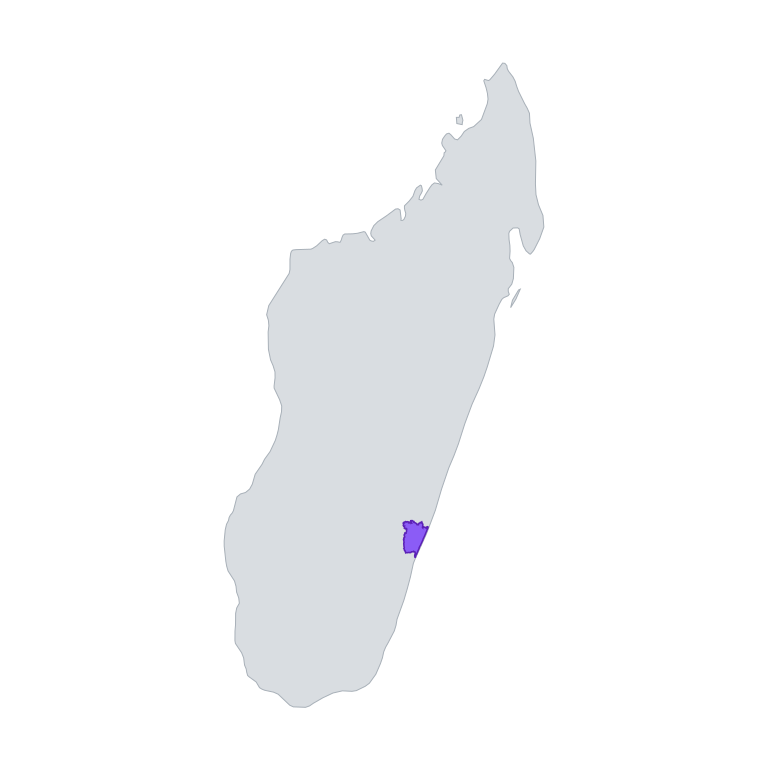 location of Manakara Atsimo, Vatovavy-Fitovinany, Madagascar, rotated 4°
{"feature_id": "10022922B29911348985828", "entity_name": "Manakara Atsimo", "entity_type": "district", "adm_level": 2, "iso_a3": "MDG", "parent_name": "Madagascar", "parent_adm1": "Vatovavy-Fitovinany", "projection": "natural_earth1", "projection_center": [47.828, -21.964], "detail": "fine", "context": "in_parent", "style": "filled", "palette": "violet", "viewbox_px": 768, "rotation_deg": 4, "n_neighbors": 0, "source": "geoboundaries", "source_scale": "gbopen_adm2", "svg_char_len": 8132}
<svg xmlns="http://www.w3.org/2000/svg" viewBox="0 0 768 768"><g transform="rotate(4 384 384)"><path d="M493.7,72.8L495.6,77.8L497.8,82.7L504.7,94.5L507.7,99.0L510.2,103.8L511.4,113.5L515.8,128.4L519.9,150.9L521.1,173.9L522.4,184.5L525.6,194.4L530.8,204.8L532.5,216.3L529.2,228.1L524.5,239.3L523.3,241.3L521.1,244.2L520.1,244.1L516.4,241.2L513.3,236.5L509.4,225.4L508.0,219.8L506.4,218.9L501.9,219.4L498.6,222.9L498.0,225.1L498.7,231.3L499.9,237.0L500.5,242.7L500.5,249.9L501.7,252.0L503.5,253.9L505.4,258.6L505.7,269.8L504.5,275.5L501.3,280.3L501.5,283.0L502.7,285.8L501.5,287.4L497.3,289.6L495.6,291.4L493.3,296.4L489.5,306.5L489.0,311.6L491.3,327.3L490.6,338.5L485.8,359.8L483.1,369.9L479.2,382.0L473.3,397.9L467.4,417.9L462.4,438.5L458.7,450.9L454.5,463.1L448.8,484.6L444.0,506.5L436.8,530.6L426.9,557.4L425.8,560.9L423.8,574.7L421.5,586.6L418.9,598.4L413.4,617.8L412.8,623.9L411.5,629.6L406.2,641.8L404.0,646.4L402.4,651.2L401.5,657.4L399.9,663.3L396.1,674.1L390.3,683.5L386.3,686.9L377.8,691.8L373.5,692.8L363.9,693.0L354.7,695.8L345.0,701.2L335.8,707.4L332.2,710.3L328.3,712.0L316.1,712.4L312.4,711.0L300.0,700.8L295.3,699.1L286.2,697.8L283.5,696.9L281.0,695.6L277.3,690.2L270.1,685.7L268.3,684.3L267.2,681.2L266.4,677.9L264.5,674.1L263.1,667.0L260.7,662.0L253.9,653.2L253.2,650.4L252.6,641.0L252.7,634.7L252.0,623.2L252.7,617.7L255.0,612.8L254.0,607.5L251.5,601.9L250.5,596.2L248.6,590.9L241.5,581.4L239.8,576.8L238.6,572.0L235.9,556.9L235.5,551.7L235.8,540.6L236.7,534.9L238.4,531.0L238.8,528.0L239.9,525.5L241.5,523.4L242.6,521.0L245.2,506.9L248.5,503.7L253.4,501.9L257.3,498.2L259.6,493.2L261.8,483.0L267.9,472.7L270.1,467.4L275.1,459.3L279.5,447.9L280.8,442.5L281.8,437.0L282.8,424.9L283.7,418.9L283.5,413.0L280.9,406.8L274.7,395.8L274.5,393.7L274.9,385.4L274.4,379.5L272.1,373.5L269.2,367.9L266.3,357.5L264.8,340.2L265.1,333.9L264.2,328.4L262.1,323.1L263.6,313.8L281.7,280.3L282.2,276.4L281.5,266.1L281.8,260.2L282.4,258.0L283.8,256.7L287.0,256.1L301.7,254.6L303.6,253.6L307.3,250.8L312.4,245.3L314.7,243.7L316.7,244.3L318.0,246.6L319.6,247.9L325.6,245.4L327.9,245.4L330.2,245.8L331.3,243.5L332.0,240.4L332.8,238.3L334.4,237.1L342.1,236.4L347.0,235.5L353.3,233.4L354.7,233.8L359.8,241.5L361.4,242.2L363.4,242.5L365.1,241.1L361.0,237.1L360.3,234.8L360.5,232.2L362.8,226.7L366.5,222.5L374.7,216.1L383.3,208.7L385.8,208.2L387.9,209.3L389.6,218.1L389.4,219.5L390.7,219.7L392.3,218.6L393.7,215.1L393.8,212.2L392.7,209.4L392.1,207.0L392.0,204.8L396.4,199.7L399.8,194.7L401.4,188.9L402.8,186.1L406.4,183.1L407.5,183.6L408.3,186.1L408.8,188.7L407.8,191.3L406.5,193.9L406.0,197.3L408.0,198.0L409.9,197.1L412.8,190.9L416.0,185.0L417.9,182.0L420.3,179.9L424.3,180.3L428.2,181.6L421.8,175.4L420.3,166.9L427.8,152.2L427.9,149.1L429.0,148.2L429.5,147.0L425.6,142.0L424.8,139.6L425.3,135.8L427.2,132.5L428.9,130.2L431.3,129.3L433.2,130.6L437.4,134.7L440.3,135.3L443.7,131.4L446.5,126.5L450.7,123.1L455.5,121.0L462.8,113.3L467.5,97.2L467.9,92.5L466.9,86.8L465.2,81.4L462.4,74.6L463.1,73.1L467.1,74.0L468.4,73.1L472.8,67.1L479.9,55.6L482.2,55.7L484.3,57.8L485.0,60.9L486.4,63.3L491.2,68.7L493.7,72.8ZM443.9,118.0L443.9,119.8L438.5,119.1L437.6,113.0L440.3,112.8L440.9,110.3L442.5,110.0L444.3,115.4L443.9,118.0ZM509.7,290.0L505.0,299.0L506.3,291.5L511.7,280.8L513.3,279.9L509.7,290.0Z" fill="#d9dde1" stroke="#a8b0b8" stroke-width="1"/><path d="M413.3,520.8L413.1,521.0L413.2,521.3L412.9,521.4L412.8,521.5L413.0,521.8L413.2,522.1L413.3,522.4L413.3,522.7L413.3,522.9L413.2,523.1L413.0,523.6L413.2,523.8L413.4,524.1L413.6,524.2L414.3,524.3L414.1,524.5L413.8,524.8L414.1,525.0L414.3,525.3L414.5,525.4L414.7,525.7L414.7,525.9L414.6,526.2L414.5,526.3L414.8,526.4L414.9,526.7L415.0,526.7L415.4,527.1L415.5,527.1L415.9,526.8L416.0,526.9L416.3,526.7L416.5,526.6L416.7,526.8L416.8,527.1L416.7,527.4L416.8,527.8L416.6,528.1L416.6,528.3L416.6,528.5L416.8,528.9L416.8,529.1L416.7,529.5L416.7,530.0L416.4,530.4L416.4,530.6L416.4,531.1L416.4,531.3L416.1,531.3L415.8,531.4L415.6,531.3L415.5,531.2L415.3,531.1L415.2,531.5L415.2,532.0L415.0,532.3L415.1,532.7L414.7,532.8L414.7,533.1L414.7,533.5L414.8,533.6L414.8,534.0L415.0,534.2L415.0,534.4L415.1,534.6L415.2,534.9L415.3,535.0L415.2,535.2L415.3,535.3L415.1,535.6L414.9,535.9L414.8,536.2L414.7,536.4L414.4,536.4L414.4,536.6L414.5,536.8L414.7,537.2L414.8,537.3L414.8,537.6L414.5,537.7L414.4,537.9L414.3,538.0L414.5,538.5L414.7,538.8L414.7,539.1L414.8,539.3L414.8,539.6L414.9,539.8L414.9,540.1L415.0,540.4L415.1,540.6L414.9,540.8L414.9,541.1L414.9,541.3L414.8,541.5L414.8,541.8L414.9,542.0L415.0,542.2L415.0,542.4L414.9,542.6L415.1,543.0L415.1,543.3L415.2,543.6L415.1,544.0L415.3,544.8L415.5,545.0L415.6,545.6L415.7,545.8L415.5,546.1L415.4,546.3L415.5,546.3L415.6,546.5L415.5,547.0L415.6,547.3L415.7,547.5L415.8,547.7L415.8,547.9L415.9,548.1L416.0,548.2L416.1,548.4L416.1,548.5L416.4,548.5L416.5,548.6L416.6,549.0L416.6,549.3L416.7,549.5L416.9,549.7L417.1,549.8L417.2,550.2L417.2,550.6L417.3,550.8L417.6,550.4L417.8,550.6L418.0,550.7L418.4,550.8L418.9,550.7L419.2,550.7L419.3,550.6L419.5,550.5L419.9,550.3L420.1,550.4L420.8,550.5L421.0,550.3L421.4,550.4L421.6,550.3L422.0,550.2L422.1,550.3L422.3,550.4L422.5,550.3L422.9,549.8L423.1,549.4L423.3,549.4L424.1,549.4L424.4,549.4L424.5,549.3L424.8,549.3L424.9,549.1L424.9,548.9L425.0,548.8L425.3,548.8L425.5,549.2L425.7,549.4L425.9,549.3L426.2,549.4L426.5,549.3L426.8,549.7L426.9,550.0L426.8,550.4L426.8,550.7L427.0,550.8L427.4,551.1L427.5,551.2L427.5,551.3L427.3,551.5L427.1,551.6L426.9,551.9L426.8,552.0L426.8,552.3L426.6,552.4L426.6,552.7L426.6,552.8L426.6,553.1L426.6,553.6L426.9,553.9L426.9,554.0L426.9,554.5L427.0,554.7L427.4,554.6L427.4,554.3L427.5,554.2L427.5,553.9L427.6,553.6L427.6,553.4L427.7,553.2L427.8,552.8L428.2,551.9L428.5,551.3L428.6,550.7L428.8,550.4L429.1,549.4L429.4,548.8L429.4,548.5L429.8,547.4L429.9,547.2L430.0,546.9L430.1,546.5L430.6,545.3L430.5,545.0L430.5,544.8L430.9,543.8L431.3,543.1L431.4,542.7L431.5,542.6L431.7,542.3L431.9,541.6L432.2,540.8L432.8,539.2L433.1,538.5L433.1,538.3L433.7,536.9L433.8,536.1L434.2,535.0L434.8,533.6L435.0,532.9L435.3,532.2L435.7,530.9L436.0,529.9L436.7,528.0L436.8,527.7L436.9,527.1L437.2,526.5L437.3,526.1L437.6,525.3L437.8,524.6L438.0,523.7L437.9,523.6L437.6,523.3L437.4,523.3L437.2,523.3L437.0,523.5L436.6,523.6L436.5,523.8L436.5,524.1L436.4,524.3L436.4,524.5L436.3,524.8L436.2,524.9L435.5,524.4L435.2,524.4L434.9,524.0L434.6,524.0L434.3,524.1L434.2,524.0L433.9,524.0L433.7,524.1L433.6,523.9L433.5,524.0L433.4,524.0L433.1,523.8L432.7,524.3L432.7,524.5L432.7,524.8L432.5,524.6L432.4,524.5L432.5,524.3L432.4,524.0L432.5,523.5L432.5,523.4L432.8,523.2L432.7,523.1L432.5,522.9L432.5,522.5L432.5,522.3L432.6,521.9L432.6,521.6L432.5,521.2L432.4,520.9L432.2,520.7L432.0,520.4L431.9,520.6L431.7,520.4L431.7,520.2L431.7,519.9L431.5,519.7L431.5,519.2L431.4,519.1L431.3,518.9L431.2,519.0L430.9,519.4L430.7,519.5L430.4,519.5L430.5,519.7L430.5,519.8L430.3,519.8L430.0,519.9L429.9,520.0L429.6,520.2L429.4,520.1L429.2,520.1L428.9,520.3L428.7,520.4L428.6,520.7L428.2,521.1L428.3,521.3L428.3,521.7L428.2,522.0L427.9,522.1L427.7,522.1L427.3,521.9L426.8,522.1L426.7,522.0L426.5,521.5L426.3,521.4L426.2,521.3L426.2,520.9L425.8,520.8L425.6,520.7L425.0,520.5L424.7,520.2L424.4,520.1L424.2,520.1L423.8,520.0L423.5,520.0L423.4,519.9L423.5,519.6L423.4,519.4L423.5,519.3L423.5,519.1L423.3,519.1L423.0,519.0L422.5,518.7L422.1,518.5L422.0,518.4L421.9,518.3L421.6,518.4L421.3,518.4L421.1,518.3L420.7,518.5L420.8,518.7L420.5,518.7L420.3,518.5L420.2,518.5L420.2,518.8L420.3,519.0L420.7,519.5L420.9,520.2L421.1,520.5L421.4,520.8L421.1,520.9L420.9,521.0L420.7,521.1L420.7,520.9L420.5,520.5L420.3,520.3L420.2,519.9L419.9,519.8L419.9,520.1L419.7,520.3L419.6,520.1L419.4,520.1L419.2,520.2L419.2,520.3L418.9,520.8L418.5,520.8L418.6,520.6L418.6,520.3L418.3,520.1L418.1,519.9L417.9,520.0L417.7,519.9L417.5,520.0L417.3,519.9L417.1,519.7L416.7,519.7L416.6,519.9L416.4,519.9L416.2,520.0L415.7,519.9L415.7,520.0L415.5,519.9L415.5,520.0L415.3,520.0L415.1,520.1L414.8,520.1L414.6,520.0L414.4,520.1L414.1,520.4L414.1,520.8L413.8,520.6L413.7,520.6L413.5,521.0L413.4,521.0L413.3,520.8Z" fill="#8b5cf6" stroke="#5b21b6" stroke-width="1.5"/></g></svg>